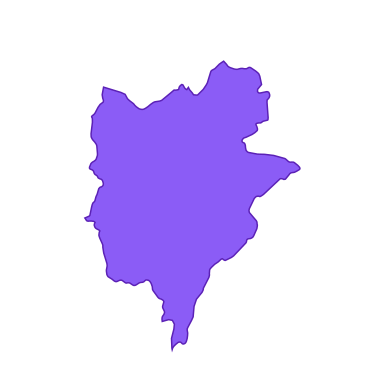 SVG path tracing the border of Phitsanulok, rotated 154°
{"feature_id": "THA-396", "entity_name": "Phitsanulok", "entity_type": "Province", "adm_level": 1, "iso_a3": "THA", "parent_name": "Thailand", "parent_adm1": "", "projection": "orthographic", "projection_center": [100.549, 17.027], "detail": "fine", "context": "isolated", "style": "filled", "palette": "violet", "viewbox_px": 384, "rotation_deg": 154, "n_neighbors": 0, "source": "natural_earth", "source_scale": "10m", "svg_char_len": 5429}
<svg xmlns="http://www.w3.org/2000/svg" viewBox="0 0 384 384"><g transform="rotate(154 192 192)"><path d="M278.9,59.0L278.5,60.5L274.6,69.4L268.4,76.7L265.8,80.9L265.9,85.2L268.9,87.5L275.5,88.7L274.7,90.9L274.0,92.1L273.6,92.6L273.2,93.0L272.6,93.4L270.9,94.3L270.0,95.2L269.6,95.6L269.3,96.2L269.1,97.2L269.1,100.4L268.9,101.4L268.5,102.2L266.0,105.0L265.6,105.5L265.3,106.1L265.4,107.0L265.8,108.0L266.9,109.5L267.7,110.2L268.3,111.0L268.8,112.4L270.2,120.4L270.2,121.7L269.2,124.3L269.0,125.8L268.8,127.5L268.9,129.2L269.1,130.3L269.7,131.6L271.1,132.7L272.0,133.1L272.9,133.0L273.5,132.8L274.8,132.4L275.5,132.5L276.2,132.6L277.5,133.1L278.2,133.3L278.9,133.4L279.7,133.4L282.8,133.0L283.6,133.0L284.3,133.1L285.0,133.4L285.5,133.7L286.1,134.5L287.9,137.6L288.8,138.2L289.7,138.6L290.4,138.8L291.1,139.0L291.5,139.4L291.9,140.0L293.4,142.9L293.8,143.4L294.3,143.8L294.9,144.1L295.6,144.3L296.4,144.4L298.1,144.4L298.9,144.5L299.5,144.7L300.1,145.1L300.6,145.7L301.1,146.5L302.0,148.5L304.4,152.4L304.6,152.9L304.7,153.9L304.7,155.1L303.6,158.5L303.1,159.5L301.2,162.0L300.5,163.1L299.8,165.1L298.1,175.8L296.4,181.3L295.5,183.2L295.3,184.5L295.1,190.9L294.9,192.7L294.6,194.0L293.2,196.2L292.8,196.7L292.4,197.0L292.0,197.3L291.9,197.4L292.1,197.9L292.4,198.8L293.7,200.4L294.4,201.6L294.7,202.9L294.5,204.8L294.1,205.6L293.5,206.3L293.0,206.7L292.5,207.1L292.6,207.8L293.2,208.7L295.3,210.1L297.5,211.1L298.2,211.3L299.3,212.4L299.7,215.6L295.3,215.4L294.6,215.5L294.0,215.8L288.5,222.9L287.0,224.6L285.8,225.6L283.8,226.2L283.0,226.8L280.6,229.6L279.0,231.0L278.6,231.2L278.3,231.5L274.4,235.8L273.1,236.4L272.2,236.6L271.6,236.4L271.0,236.3L270.2,236.5L269.2,236.8L268.5,237.6L267.9,238.7L267.5,241.1L267.6,242.3L267.9,243.1L269.3,244.5L269.6,245.0L270.0,245.5L270.2,246.1L270.1,247.1L270.2,247.8L270.4,248.5L270.7,249.1L271.1,249.6L271.4,250.2L271.6,250.8L271.7,251.5L271.4,253.8L271.5,254.5L271.8,255.2L272.1,255.7L273.4,257.2L273.7,257.7L273.7,258.4L273.2,259.3L270.3,261.9L269.1,262.3L268.2,262.5L266.6,262.6L265.1,262.9L263.9,263.4L261.2,266.1L260.6,267.0L260.0,268.3L257.4,275.0L257.1,276.5L257.2,277.3L257.5,279.4L258.3,282.2L258.5,283.7L258.5,284.6L258.5,285.4L258.3,286.1L257.2,288.6L251.0,298.2L249.8,300.7L249.2,302.3L249.3,303.0L249.2,303.7L248.5,304.2L246.1,304.7L244.6,305.4L239.3,309.3L236.2,311.0L232.5,311.7L231.9,312.3L231.4,313.3L231.1,315.5L230.1,318.8L225.5,325.0L212.3,312.7L209.3,309.1L209.1,304.1L208.1,301.5L206.0,297.3L205.6,296.1L205.5,295.2L204.7,293.0L203.0,289.9L201.5,288.6L200.0,287.8L199.0,287.6L197.3,287.6L194.3,288.0L190.8,288.9L187.5,289.4L186.8,289.4L185.7,289.3L181.3,287.9L179.7,287.7L178.9,287.7L167.7,290.4L163.4,291.5L162.5,290.9L160.8,290.3L159.1,290.0L157.5,291.9L155.8,292.8L154.0,293.1L153.2,292.2L153.0,288.7L152.6,287.4L151.8,286.3L151.1,286.7L149.4,287.6L149.4,285.1L148.3,280.9L148.0,278.7L145.4,277.1L144.7,276.8L144.2,276.8L136.9,279.3L132.4,281.9L130.3,283.4L122.5,291.8L122.1,292.1L121.7,292.4L121.1,292.6L120.3,292.7L117.8,292.8L117.1,292.9L111.2,295.0L110.1,295.1L109.4,295.3L106.2,295.7L105.0,291.6L104.7,289.5L104.1,288.3L103.0,286.9L100.2,284.1L98.7,283.0L97.5,282.4L94.5,281.8L93.8,281.6L92.5,281.0L91.0,279.9L89.8,279.3L89.2,279.0L88.5,278.9L87.0,279.0L86.2,279.0L85.5,278.7L84.8,278.1L81.8,272.9L80.7,270.5L80.2,269.1L80.3,266.4L82.4,258.1L87.9,255.6L88.5,254.7L89.1,253.5L88.9,252.7L88.7,252.0L88.2,251.6L87.7,251.2L81.1,249.5L80.3,249.1L79.4,248.2L79.3,247.1L79.5,245.6L79.8,244.8L80.2,244.1L81.1,243.2L82.2,242.5L84.1,241.8L85.2,239.9L91.0,225.4L92.1,223.6L92.8,223.5L96.5,224.3L97.3,224.4L99.4,224.0L100.0,224.0L100.4,224.2L102.0,224.9L102.8,225.1L103.5,225.3L104.5,225.2L104.9,224.8L105.0,224.1L105.1,221.9L105.5,220.0L106.0,219.1L106.6,218.6L109.4,217.8L112.5,217.4L119.3,217.5L120.8,217.7L121.7,217.8L122.6,217.6L124.2,216.7L124.7,215.9L124.9,215.1L124.6,214.4L124.3,213.9L123.5,213.0L123.4,212.0L123.6,210.6L124.6,208.0L125.1,205.8L125.0,205.1L124.6,203.8L124.3,203.3L123.9,202.8L116.5,197.3L110.2,194.0L102.5,189.0L94.0,181.5L93.6,181.0L93.3,180.4L92.0,177.2L91.3,176.2L90.2,175.5L89.5,175.3L88.2,174.6L87.7,174.3L87.3,173.8L87.0,173.3L85.2,169.5L84.5,167.0L84.6,166.0L85.0,165.4L85.6,165.1L88.7,164.8L91.2,164.8L91.9,165.0L92.7,165.2L93.3,165.5L94.7,165.8L95.5,165.7L96.1,165.6L97.4,164.9L102.4,162.6L103.9,163.0L104.4,163.6L105.1,164.3L106.3,165.1L107.2,165.2L128.8,158.5L131.4,158.1L133.0,158.1L133.5,158.7L134.4,159.3L136.2,159.8L137.9,159.3L139.0,158.8L147.5,152.1L147.9,151.7L148.7,150.7L149.0,150.1L149.2,149.4L149.4,148.6L149.4,148.4L149.4,148.2L146.8,138.0L146.8,137.2L146.8,136.5L147.6,134.5L147.7,133.7L148.5,132.4L149.8,130.6L155.6,125.7L157.0,124.8L157.7,124.6L159.2,124.5L160.0,124.6L161.4,125.1L162.2,125.3L163.4,125.2L164.1,124.5L165.1,123.2L165.9,122.6L182.5,116.4L184.0,116.1L185.5,115.9L191.2,115.9L192.0,115.9L192.5,116.2L192.9,116.7L193.3,117.3L193.8,118.4L194.0,118.7L194.6,118.8L195.5,118.8L199.0,117.7L203.3,117.1L207.4,115.8L209.1,115.1L210.2,114.4L212.2,111.0L212.7,109.7L214.3,107.8L224.0,100.5L224.5,99.6L225.2,98.8L227.0,97.4L235.0,93.7L240.3,88.3L245.7,79.3L248.7,76.8L255.0,72.2L256.3,71.1L256.9,69.9L257.7,67.1L259.0,64.8L260.6,62.4L262.3,60.5L263.2,59.7L264.1,59.2L264.8,59.0L265.5,59.0L266.2,59.1L266.8,59.4L267.2,59.9L267.9,61.8L268.4,62.3L269.0,62.6L269.7,62.8L270.4,62.9L273.0,62.3L275.5,61.5L276.7,60.9L277.6,60.4L278.5,59.5L278.8,59.1L278.9,59.0Z" fill="#8b5cf6" stroke="#5b21b6" stroke-width="1.5"/></g></svg>